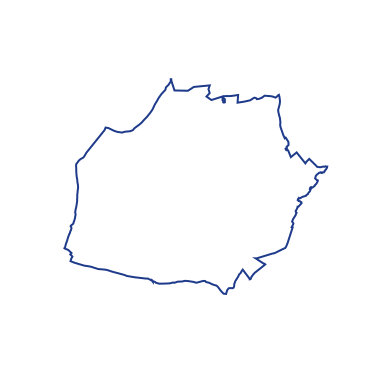 outline of CUT, Alba, Romania, rotated 309°
{"feature_id": "2599482B25854824104910", "entity_name": "CUT", "entity_type": "district", "adm_level": 2, "iso_a3": "ROU", "parent_name": "Romania", "parent_adm1": "Alba", "projection": "natural_earth1", "projection_center": [23.668, 45.952], "detail": "fine", "context": "isolated", "style": "outline", "palette": "blue", "viewbox_px": 384, "rotation_deg": 309, "n_neighbors": 0, "source": "geoboundaries", "source_scale": "gbopen_adm2", "svg_char_len": 4172}
<svg xmlns="http://www.w3.org/2000/svg" viewBox="0 0 384 384"><g transform="rotate(309 192 192)"><path d="M291.5,262.3L287.5,261.9L285.6,262.1L288.6,248.4L281.3,246.9L284.6,241.0L285.0,239.4L283.9,239.0L284.4,237.5L286.1,237.8L286.7,237.1L289.2,237.5L291.6,235.4L293.2,230.6L292.1,230.3L293.7,227.1L298.2,219.9L299.5,218.4L301.4,217.1L301.5,217.1L304.9,213.7L305.8,212.3L307.9,209.5L309.8,207.4L315.4,204.9L317.9,203.3L320.9,200.2L322.2,198.4L321.4,198.1L319.2,197.9L317.9,197.5L316.9,194.5L316.3,193.5L316.1,193.0L312.5,187.8L310.7,187.4L310.2,187.1L309.2,187.0L306.2,185.2L305.0,183.9L305.3,183.4L305.2,182.4L305.0,182.0L304.7,181.3L303.5,180.6L301.5,180.1L301.1,179.9L299.7,179.4L294.6,175.3L290.1,171.2L296.4,166.8L290.8,161.6L287.4,157.4L285.9,156.2L284.4,157.8L284.8,159.0L282.4,161.1L281.5,160.5L281.4,159.8L282.0,159.5L282.6,157.8L285.7,155.8L275.7,149.2L275.3,143.2L280.0,143.5L282.3,140.1L286.0,138.7L274.8,127.3L268.1,125.1L259.9,114.5L265.4,106.0L266.6,104.9L266.2,104.5L265.4,105.2L264.9,105.9L260.3,106.3L256.9,105.9L254.7,107.0L248.7,106.6L244.2,106.9L240.3,107.6L238.9,107.7L235.9,108.2L233.6,108.8L231.1,109.4L227.3,109.7L224.1,109.7L221.7,109.7L219.7,109.5L217.1,109.3L214.4,109.2L211.4,108.7L205.6,107.2L202.8,107.1L200.2,105.6L197.4,102.7L196.1,101.5L194.2,100.3L191.7,96.1L190.5,92.9L189.1,86.8L187.7,84.3L185.1,85.1L156.1,85.2L152.3,85.8L150.6,85.9L149.4,85.5L147.5,84.7L145.3,84.3L140.8,84.5L139.7,85.2L137.1,87.5L134.7,89.5L131.9,92.2L130.8,93.3L129.6,94.8L127.6,96.7L126.5,98.0L125.8,98.8L123.4,101.0L121.7,101.9L119.6,103.4L118.0,104.3L116.6,105.4L115.8,106.1L114.9,106.7L113.9,107.4L113.2,108.1L112.2,108.7L111.1,109.4L110.2,109.9L108.9,110.7L107.7,111.3L106.5,112.0L105.2,112.5L103.8,113.4L103.1,113.7L102.5,114.2L101.5,115.5L101.1,115.8L98.0,117.5L97.1,117.9L94.8,118.9L94.2,118.9L93.4,119.4L93.0,119.5L92.8,119.6L92.1,119.6L90.9,119.3L89.9,119.1L89.1,119.2L88.9,119.3L88.7,120.4L88.6,120.5L87.8,121.1L87.6,121.3L87.2,121.5L86.6,121.8L86.0,122.0L85.5,122.0L84.7,122.3L84.2,122.5L83.4,122.8L83.1,123.0L82.1,123.1L78.3,124.4L75.5,125.6L74.1,126.1L72.8,126.5L70.5,127.5L68.9,128.3L68.1,128.2L68.1,128.3L68.0,128.6L68.9,131.6L69.0,131.9L69.1,132.3L68.7,136.8L66.9,136.7L66.6,139.7L63.9,140.2L61.8,141.1L63.0,145.0L67.0,154.7L68.7,157.5L70.3,160.4L73.1,167.6L75.9,171.7L77.4,174.0L78.3,176.0L79.9,180.2L84.5,190.5L85.4,192.8L85.6,193.9L89.4,200.7L96.0,211.1L96.6,211.6L97.1,212.7L97.9,216.5L97.6,217.8L98.2,217.2L98.1,218.6L98.5,218.8L98.9,220.4L98.8,221.2L100.1,224.2L103.6,228.4L106.9,232.1L109.8,234.3L110.3,235.4L113.3,237.3L116.2,240.6L118.1,242.1L118.9,242.9L120.5,245.3L123.1,249.8L123.7,251.3L124.2,252.5L129.7,256.5L130.7,257.6L131.1,258.3L130.9,259.6L132.2,262.3L132.7,264.4L133.1,266.1L133.9,268.2L134.7,270.0L134.6,271.4L134.2,273.4L133.4,276.4L132.9,279.8L132.9,280.6L133.5,281.5L134.2,282.6L137.2,281.4L138.2,281.1L139.7,281.1L140.6,281.3L141.8,282.7L142.8,284.1L143.7,284.5L144.8,284.3L147.1,282.8L149.3,282.0L150.2,281.7L152.2,281.5L155.3,281.1L157.7,280.5L159.5,280.8L161.6,280.4L163.6,280.3L160.9,291.1L161.0,291.4L160.5,291.8L161.1,292.3L163.2,291.7L165.8,291.5L168.6,291.6L178.1,293.7L181.8,294.5L181.9,293.6L181.4,292.3L180.5,283.2L181.1,284.0L194.7,293.2L196.5,294.7L204.4,298.3L207.2,299.7L208.9,299.5L212.5,298.4L227.8,292.5L227.4,291.6L230.5,291.0L231.5,290.5L232.0,288.4L234.6,287.6L239.3,287.1L240.3,286.6L241.6,286.4L241.8,285.4L242.4,284.5L243.2,284.5L246.2,283.8L247.0,283.3L247.4,283.9L252.2,284.2L252.9,283.5L252.6,282.4L252.8,281.9L252.1,280.6L252.5,280.0L252.3,279.2L253.3,278.8L254.0,278.8L254.7,278.8L254.7,279.5L255.1,279.9L257.8,280.9L260.6,282.9L261.5,282.8L263.4,283.4L264.8,283.0L266.6,283.2L268.9,282.5L268.5,281.7L269.3,281.3L270.2,281.2L270.8,281.5L270.7,282.0L271.1,282.8L274.1,283.5L275.1,283.2L276.6,283.5L279.9,282.8L280.2,282.5L279.8,281.3L280.0,280.7L279.9,280.1L280.1,279.1L282.4,278.1L284.0,278.1L287.1,278.8L288.3,279.6L288.1,280.4L288.5,281.0L289.3,280.9L290.1,282.0L291.6,282.1L291.9,281.8L294.0,281.9L295.9,281.6L296.8,281.1L296.3,280.6L295.9,279.4L294.9,279.0L294.1,277.7L292.4,276.6L291.0,274.7L290.3,273.3L290.5,272.5L291.5,262.3Z" fill="none" stroke="#1e3a8a" stroke-width="2"/></g></svg>